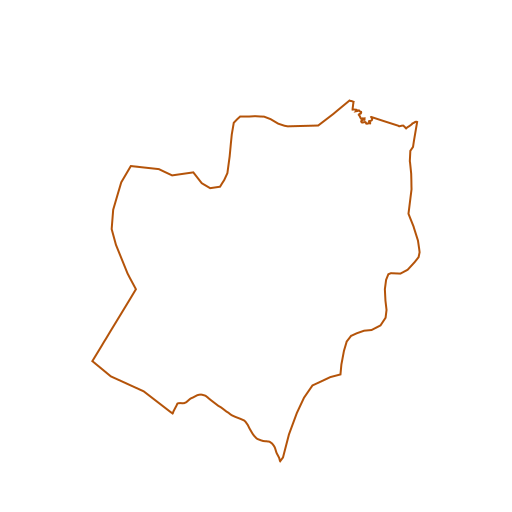 outline of At Tall, Rif Dimashq, Syria, rotated 201°
{"feature_id": "27442178B63006606807907", "entity_name": "At Tall", "entity_type": "district", "adm_level": 2, "iso_a3": "SYR", "parent_name": "Syria", "parent_adm1": "Rif Dimashq", "projection": "orthographic", "projection_center": [36.331, 33.701], "detail": "fine", "context": "isolated", "style": "outline", "palette": "amber", "viewbox_px": 512, "rotation_deg": 201, "n_neighbors": 0, "source": "geoboundaries", "source_scale": "gbopen_adm2", "svg_char_len": 4713}
<svg xmlns="http://www.w3.org/2000/svg" viewBox="0 0 512 512"><g transform="rotate(201 256 256)"><path d="M224.4,434.7L231.8,421.6L234.8,416.2L244.7,400.1L250.7,397.6L272.9,388.4L276.1,387.8L282.7,387.5L291.4,389.0L292.2,389.0L298.4,389.0L301.9,387.8L307.0,386.2L312.7,383.6L320.8,380.5L322.6,376.9L324.5,372.4L322.2,360.9L320.4,354.3L320.0,352.8L316.3,339.6L312.4,323.1L312.9,315.5L313.7,311.7L314.4,307.8L323.1,302.9L332.7,304.5L344.5,311.6L363.2,301.2L371.7,301.8L377.8,302.3L405.1,295.1L408.2,276.5L407.2,263.7L405.9,248.0L400.4,229.4L390.8,216.3L383.9,208.9L369.8,193.8L369.4,193.4L368.0,192.2L367.6,191.8L367.3,191.6L367.2,191.5L366.8,191.1L366.7,191.0L356.6,182.3L356.2,181.9L358.2,170.5L361.1,154.5L363.4,141.9L364.8,134.3L366.3,125.7L366.4,125.1L367.0,122.1L367.3,120.4L367.9,116.8L369.5,108.0L371.0,99.8L371.1,99.2L348.4,91.6L312.3,89.4L279.8,79.7L277.4,79.1L277.3,79.5L277.4,81.5L277.3,82.0L277.1,83.8L276.8,86.4L276.7,86.9L276.7,87.1L276.6,88.0L276.5,90.0L275.9,90.6L274.1,91.5L273.1,91.8L271.8,92.2L270.3,92.9L269.9,93.3L268.6,94.6L268.0,95.9L267.7,96.3L267.5,96.8L266.8,98.1L266.3,99.0L265.7,99.8L265.0,100.5L264.9,100.6L264.4,101.0L264.0,101.5L263.2,102.4L261.2,104.7L260.8,105.1L259.2,106.2L259.0,106.3L257.9,106.8L257.0,107.1L254.1,107.4L253.3,107.4L252.9,107.4L252.3,107.2L250.2,106.6L249.9,106.4L247.8,105.7L246.6,105.3L239.8,103.3L237.5,102.6L234.7,102.2L233.6,101.9L231.8,101.4L227.9,100.2L225.6,99.8L224.7,99.5L223.5,99.1L222.7,98.9L222.3,98.8L221.1,98.6L217.5,98.4L212.2,98.4L208.1,98.2L206.4,97.5L203.1,95.3L200.3,92.7L197.2,90.2L196.2,89.4L195.4,88.8L195.0,88.5L193.2,87.4L190.3,86.0L189.1,85.7L188.9,85.7L184.9,85.7L184.1,85.8L183.6,85.8L183.3,85.8L182.0,86.1L180.6,86.5L179.9,86.8L179.7,86.8L178.4,87.1L177.5,87.4L176.4,87.4L173.8,86.7L171.6,85.4L170.3,84.4L169.4,83.5L166.8,80.2L165.9,79.2L165.2,78.6L164.6,78.1L162.1,75.9L161.5,75.1L160.7,74.0L160.2,73.3L159.9,73.1L158.6,77.6L161.3,101.3L161.6,124.1L160.4,140.9L156.9,155.4L143.2,169.6L134.7,175.7L137.4,185.3L139.9,199.0L140.6,207.8L140.7,208.6L139.3,213.2L138.6,215.6L138.4,215.7L134.2,220.0L128.3,225.0L121.6,228.3L114.9,235.8L113.9,240.3L112.9,244.8L114.8,252.4L119.2,260.8L123.8,271.2L126.0,280.4L125.9,286.4L123.9,288.3L114.9,291.3L109.5,297.5L105.7,307.1L103.8,313.2L104.6,318.1L106.2,321.1L110.3,328.4L113.8,332.8L118.9,339.2L119.4,339.9L120.5,341.1L125.7,346.7L128.8,350.1L130.2,355.8L134.7,374.0L135.7,376.4L138.1,382.4L140.6,388.4L142.3,391.8L145.6,398.3L146.4,399.7L149.6,409.5L148.5,414.1L149.8,420.0L153.6,438.9L153.8,438.9L154.3,438.8L154.5,438.8L154.7,438.7L154.8,438.6L155.0,438.5L155.1,438.4L155.3,438.3L155.4,438.2L155.5,438.0L155.7,437.9L155.8,437.8L155.9,437.7L156.0,437.4L156.2,437.2L156.3,436.9L156.5,436.7L157.3,436.0L157.4,435.9L157.5,435.8L157.5,435.7L157.6,435.4L157.6,435.2L157.7,434.9L157.8,434.8L158.5,433.6L158.7,433.3L159.5,432.1L160.1,431.3L160.6,430.7L160.8,430.4L161.0,430.1L161.6,428.9L162.3,429.2L163.2,429.7L164.0,430.0L165.1,430.5L165.3,430.4L165.5,430.4L166.2,430.1L166.6,429.9L167.4,429.3L168.6,428.6L168.8,428.4L169.0,428.4L170.0,428.6L185.9,427.7L186.0,427.7L198.2,427.1L198.3,427.0L198.1,426.8L196.7,425.8L196.5,424.8L196.6,424.2L196.9,423.7L197.3,423.4L197.7,423.1L198.4,422.7L198.8,422.4L198.8,422.2L198.6,422.0L197.8,421.8L197.4,421.5L197.0,421.1L197.0,420.7L197.8,420.5L198.3,420.4L198.8,420.2L199.1,419.6L199.9,419.4L200.4,419.1L200.7,419.3L201.0,419.6L201.2,419.9L201.5,420.1L201.8,420.2L202.3,420.1L202.5,419.9L203.1,419.6L203.6,419.3L204.1,418.9L204.8,418.6L205.3,418.7L205.6,418.9L206.0,419.3L206.1,419.6L205.8,419.9L205.8,420.1L205.5,420.7L205.2,421.3L204.8,421.9L204.3,422.3L204.0,422.1L203.7,421.9L203.5,422.1L203.6,422.3L203.9,422.7L203.9,423.0L204.0,423.4L204.4,423.2L204.7,423.1L204.8,423.0L205.1,422.8L205.4,422.7L205.8,422.7L206.0,422.5L206.5,422.0L207.0,421.8L207.3,421.9L207.5,422.0L207.8,422.4L208.0,422.6L208.4,422.9L208.6,423.0L208.9,423.3L209.0,423.6L209.3,423.8L210.2,424.3L210.6,424.6L210.5,424.8L210.5,425.3L210.4,425.6L210.0,425.8L209.7,426.1L209.5,426.3L209.2,426.7L209.2,426.9L209.4,427.4L209.4,427.7L209.1,428.0L208.7,428.4L208.8,428.3L209.0,428.3L209.3,428.2L209.6,428.2L210.0,428.2L210.5,428.2L210.8,428.2L211.1,428.3L211.4,428.4L211.9,428.8L212.6,428.6L213.1,427.8L213.8,427.4L214.0,427.3L214.5,427.0L214.3,427.6L214.2,428.2L214.3,428.2L214.4,428.4L214.5,428.5L214.8,428.5L216.5,428.0L217.9,427.6L218.1,427.4L218.3,427.3L218.4,427.5L218.8,428.9L219.1,430.3L219.3,431.1L219.6,432.1L219.8,433.3L220.2,434.7L220.2,434.9L220.8,434.9L221.0,434.9L221.3,434.9L221.5,434.9L221.8,434.9L222.0,434.9L222.3,434.9L222.8,434.8L223.0,434.7L223.4,434.6L223.5,434.6L223.8,434.6L224.0,434.6L224.3,434.7L224.4,434.7Z" fill="none" stroke="#b45309" stroke-width="2"/></g></svg>